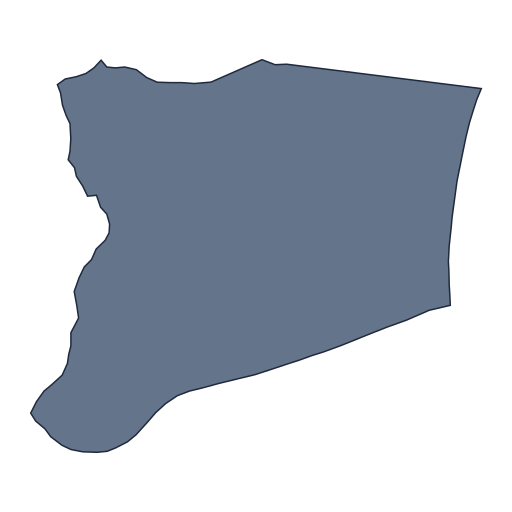 outline of Saubara, Brazil
{"feature_id": "56859067B52739574440824", "entity_name": "Saubara", "entity_type": "district", "adm_level": 2, "iso_a3": "BRA", "parent_name": "Brazil", "parent_adm1": "", "projection": "albers", "projection_center": [-38.789, -12.785], "detail": "fine", "context": "isolated", "style": "filled", "palette": "slate", "viewbox_px": 512, "rotation_deg": 0, "n_neighbors": 0, "source": "geoboundaries", "source_scale": "gbopen_adm2", "svg_char_len": 1269}
<svg xmlns="http://www.w3.org/2000/svg" viewBox="0 0 512 512"><path d="M30.7,413.1L35.6,421.0L45.0,428.9L50.8,436.8L62.0,445.3L70.9,449.5L82.6,451.8L97.1,452.3L107.2,451.3L115.4,448.0L127.5,441.8L136.0,434.8L147.7,421.9L155.6,412.7L165.6,403.6L177.3,395.7L189.3,391.1L202.8,387.8L219.0,383.4L238.2,378.7L255.2,374.6L270.5,369.6L286.1,364.4L300.0,359.9L311.2,355.8L323.3,352.0L341.8,345.2L363.6,336.4L386.5,327.3L406.8,320.0L429.1,310.3L450.3,305.3L449.8,294.6L449.2,284.5L448.9,271.3L448.4,261.4L449.2,245.8L451.2,227.4L452.1,217.3L454.7,198.2L457.0,181.2L460.1,165.9L462.0,156.3L466.1,136.4L469.6,122.2L473.6,109.3L476.7,99.7L481.3,88.6L286.6,64.2L275.1,64.7L262.0,59.7L211.0,82.1L194.4,83.5L181.6,82.6L170.1,82.6L157.2,82.2L146.8,77.6L136.4,69.7L124.7,67.0L115.4,67.9L106.8,67.0L101.1,60.2L93.9,67.9L85.9,73.5L76.3,76.7L65.2,79.0L57.4,84.6L60.5,92.8L62.5,105.2L66.1,115.4L70.0,123.6L70.8,138.7L70.0,151.2L68.2,159.8L74.5,167.7L76.4,176.3L82.7,186.1L87.6,196.2L96.5,195.3L100.6,207.3L106.8,214.1L109.6,224.1L109.1,232.9L105.1,240.4L96.2,249.0L91.5,259.6L84.3,266.9L79.1,277.7L74.2,291.5L76.8,305.6L78.6,318.0L70.9,332.7L70.9,345.9L68.8,354.0L67.4,363.5L62.2,375.1L51.8,384.6L44.0,391.1L36.5,401.6L30.7,413.1Z" fill="#64748b" stroke="#1e293b" stroke-width="1.5"/></svg>